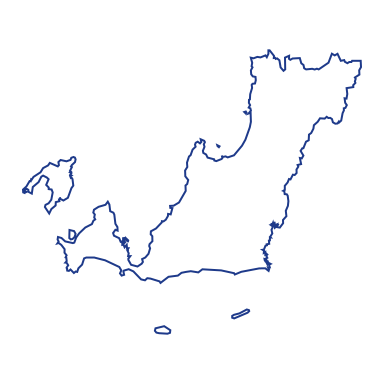 Pandeglang, Banten, Indonesia
{"feature_id": "22746128B79755996911998", "entity_name": "Pandeglang", "entity_type": "district", "adm_level": 2, "iso_a3": "IDN", "parent_name": "Indonesia", "parent_adm1": "Banten", "projection": "robinson", "projection_center": [105.579, -6.619], "detail": "fine", "context": "isolated", "style": "outline", "palette": "blue", "viewbox_px": 384, "rotation_deg": 0, "n_neighbors": 0, "source": "geoboundaries", "source_scale": "gbopen_adm2", "svg_char_len": 5936}
<svg xmlns="http://www.w3.org/2000/svg" viewBox="0 0 384 384"><path d="M359.4,74.6L359.2,70.3L361.0,67.1L360.7,60.8L352.1,60.8L351.4,62.0L349.3,62.0L347.4,63.2L344.9,61.8L344.2,60.1L340.8,60.8L337.5,53.8L334.7,55.4L331.9,53.7L328.5,62.7L318.7,69.4L316.9,68.7L314.7,69.5L312.2,68.8L306.1,69.4L304.2,68.3L303.5,65.0L301.3,63.3L299.8,58.1L292.6,58.5L290.3,59.8L289.0,58.8L289.1,55.8L285.0,57.6L285.2,69.4L283.5,70.8L280.6,67.4L279.4,60.3L277.1,58.4L275.7,58.9L275.1,57.8L273.8,58.0L274.0,55.9L269.6,50.3L268.4,50.3L268.4,53.8L266.8,57.2L265.5,55.4L260.5,57.4L257.3,56.9L253.5,58.3L250.8,57.7L252.2,62.8L251.6,66.3L252.5,67.3L250.9,70.4L251.2,74.3L252.8,76.4L255.5,76.9L255.8,80.2L255.0,83.5L252.5,83.8L251.7,84.9L252.1,87.9L250.2,94.2L249.9,99.4L249.0,99.8L248.9,102.9L250.1,105.1L248.7,107.6L250.4,108.4L250.9,110.6L248.6,113.5L250.6,112.8L250.9,121.8L249.8,127.3L245.4,139.7L242.0,145.7L234.0,155.3L227.7,157.4L225.6,156.4L222.3,157.0L221.8,155.5L222.4,158.0L221.6,159.0L216.3,161.1L214.3,160.5L214.1,159.3L207.6,157.6L206.1,154.5L203.3,152.9L202.9,150.8L204.5,146.8L203.8,144.3L204.9,142.1L204.2,140.8L200.7,139.3L201.3,142.0L200.0,143.4L197.7,141.7L195.7,142.8L195.0,144.7L195.6,146.7L192.6,149.6L190.6,155.2L189.0,156.5L187.0,162.6L187.3,167.0L185.1,170.5L185.3,176.3L188.2,180.0L187.2,184.0L185.5,185.5L185.7,190.9L179.0,202.5L173.6,205.7L170.1,205.9L170.3,207.9L172.4,208.1L170.7,214.4L168.1,213.9L167.9,216.1L165.8,219.7L163.5,221.4L161.9,221.2L161.8,222.4L156.0,228.5L150.9,231.3L150.7,234.3L152.3,236.2L152.4,241.2L149.6,244.1L149.2,246.0L150.1,248.3L148.5,253.8L145.3,257.5L142.1,259.1L142.9,261.9L141.7,263.7L137.5,266.5L131.1,264.8L128.4,260.0L128.3,258.8L130.3,256.1L128.1,256.1L128.7,253.3L127.5,250.7L128.5,251.0L127.5,250.1L128.5,248.2L127.0,248.1L126.7,244.8L124.6,247.3L123.5,244.6L122.3,244.9L122.3,242.6L120.7,241.9L119.2,238.2L114.0,235.7L113.1,233.0L115.4,229.8L117.6,230.6L117.4,227.0L115.4,223.8L114.3,214.6L113.4,212.7L110.2,211.2L109.4,204.6L107.8,201.7L105.5,204.8L98.6,206.8L94.0,209.7L93.3,212.6L94.8,214.5L94.2,217.4L95.2,219.4L93.4,220.7L91.9,224.1L85.3,227.5L79.2,233.3L76.2,237.5L74.3,242.6L72.9,243.1L65.2,241.4L61.5,238.0L58.0,237.0L57.6,239.5L58.6,241.5L57.4,243.4L58.7,243.0L61.3,244.9L64.6,249.2L64.5,252.7L66.6,255.3L65.6,257.4L66.3,257.7L66.7,261.1L65.4,262.6L66.6,262.7L68.2,265.3L66.6,267.6L66.9,269.0L66.1,269.3L67.1,269.1L67.2,270.6L68.9,270.9L70.5,269.5L73.9,273.0L75.7,271.5L77.2,271.9L78.4,268.3L82.1,264.6L84.1,258.4L86.4,257.5L94.1,257.5L105.1,260.3L119.3,267.0L121.3,270.4L120.0,273.4L121.6,275.6L124.1,274.8L123.4,271.5L123.9,270.6L128.7,269.2L133.4,271.4L141.1,279.4L145.0,280.3L147.3,278.2L150.5,278.6L159.6,281.4L160.5,282.9L168.5,276.8L177.9,275.6L181.5,272.8L186.0,271.9L190.8,271.2L198.3,272.4L202.4,269.3L221.2,270.4L234.1,273.2L234.8,274.5L241.3,271.8L259.2,268.4L265.3,268.3L268.6,270.9L269.1,269.3L268.0,267.4L269.8,267.4L269.0,264.7L270.6,263.9L268.2,262.7L267.4,264.4L266.6,262.8L267.7,261.3L266.4,260.6L265.4,261.3L264.7,260.2L264.5,259.0L266.3,259.6L265.9,258.5L267.3,257.8L266.2,255.6L267.3,254.6L266.3,253.6L265.3,254.4L265.3,252.0L263.8,252.9L264.0,250.7L262.6,249.8L263.9,249.6L265.5,245.7L266.9,245.3L266.7,244.3L269.2,243.8L268.9,240.6L269.9,240.4L269.9,237.3L270.7,237.4L270.2,236.8L272.3,233.5L271.5,229.8L273.0,226.6L270.8,225.0L271.5,224.8L271.6,223.0L271.9,225.2L272.7,225.2L272.2,224.5L272.8,225.0L272.7,223.6L272.9,223.1L273.3,225.8L274.4,226.5L273.8,224.0L274.0,222.7L275.5,222.7L274.2,223.0L274.7,225.2L276.5,224.5L275.9,225.4L276.8,225.4L278.6,223.9L277.6,225.3L276.3,225.5L275.0,225.2L275.0,227.5L275.7,226.9L279.8,227.6L283.1,223.2L283.0,220.0L286.4,216.2L285.8,210.8L287.9,205.9L288.4,201.2L287.7,195.7L286.8,194.3L284.7,194.1L284.3,191.2L283.3,190.8L284.8,189.9L284.8,185.8L287.6,182.5L289.0,179.0L290.5,179.4L292.9,174.7L294.7,175.0L296.6,173.0L296.5,169.5L298.3,166.7L297.6,165.0L301.1,164.1L299.9,158.0L301.8,158.4L303.4,155.6L300.6,150.9L302.3,148.3L303.4,148.2L306.0,141.7L308.7,140.3L309.0,134.6L311.2,133.0L313.4,128.7L313.9,125.2L317.7,121.8L320.0,118.3L324.7,118.6L326.7,116.8L328.3,118.0L330.3,117.9L332.0,119.1L332.9,122.3L335.3,123.7L337.5,123.5L338.8,121.6L339.2,122.4L341.2,120.6L342.6,113.2L343.9,110.4L343.8,108.3L345.4,107.9L346.8,105.1L345.2,102.8L344.6,98.3L346.5,98.6L347.3,94.0L346.6,88.1L353.3,87.1L353.2,85.2L355.4,82.9L354.9,81.4L355.7,78.8L354.9,77.5L359.4,74.6ZM74.9,157.6L73.5,157.0L71.3,157.8L70.5,159.9L66.5,161.3L60.6,160.0L58.4,162.1L58.9,165.2L57.8,166.4L49.8,162.9L48.1,165.4L43.1,168.1L40.5,172.3L33.5,176.9L31.8,179.5L31.2,179.2L30.7,181.3L29.6,181.1L26.4,186.5L23.0,189.6L23.2,192.4L24.2,192.8L24.1,189.8L26.8,188.9L28.3,189.8L28.4,191.8L31.8,193.6L32.8,187.0L38.6,182.1L41.3,176.7L43.1,175.6L46.8,177.5L48.6,179.2L46.2,184.9L48.7,187.5L48.7,189.1L51.6,189.5L52.7,192.4L51.3,199.7L48.6,203.3L45.5,204.9L44.9,207.0L49.2,213.5L51.4,209.0L55.6,205.5L55.8,202.1L59.4,201.2L59.0,199.4L60.1,199.1L59.9,197.3L60.4,198.9L63.4,200.5L67.9,197.8L71.4,188.2L73.3,185.6L72.5,179.1L71.6,177.7L70.9,178.0L70.1,175.9L71.4,175.4L70.3,174.7L71.4,173.1L70.0,172.3L70.9,171.7L70.0,170.8L71.9,167.1L71.0,166.5L71.8,165.1L75.0,162.1L75.6,159.3L74.9,157.6ZM164.2,326.2L155.5,328.3L154.9,330.8L156.4,332.6L159.1,333.2L167.5,333.7L170.0,332.8L170.3,330.2L164.2,326.2ZM248.9,310.1L246.8,309.5L239.4,313.4L234.0,314.8L232.2,315.9L232.2,317.7L234.2,318.4L247.6,312.7L249.2,311.1L248.9,310.1ZM69.5,230.0L69.3,238.1L70.8,239.4L72.5,239.0L74.5,237.1L75.6,233.9L74.1,231.1L69.5,230.0ZM125.3,239.6L124.4,238.0L123.1,238.2L123.1,239.8L125.3,239.6ZM128.0,241.2L128.2,240.4L126.2,238.5L126.4,240.5L128.0,241.2ZM245.8,113.5L246.5,112.6L245.8,111.5L244.3,112.0L245.8,113.5ZM218.9,147.2L219.5,146.3L217.3,145.2L217.6,146.2L218.9,147.2ZM26.5,191.9L25.0,191.1L24.5,191.6L25.1,192.6L26.5,191.9ZM124.4,241.6L123.6,242.8L123.8,243.6L125.1,242.3L124.4,241.6ZM123.1,241.6L122.4,240.4L122.5,242.1L123.1,241.6Z" fill="none" stroke="#1e3a8a" stroke-width="2"/></svg>